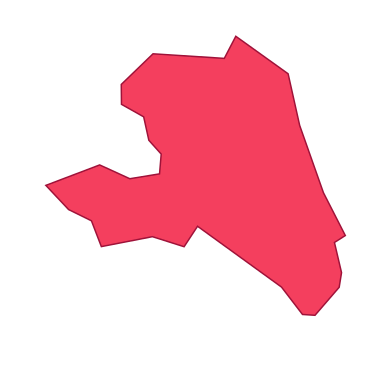 the border of St Helens, rotated 169°
{"feature_id": "GBR-5669", "entity_name": "St Helens", "entity_type": "Metropolitan Borough", "adm_level": 1, "iso_a3": "GBR", "parent_name": "United Kingdom", "parent_adm1": "", "projection": "mercator", "projection_center": [-2.702, 53.453], "detail": "fine", "context": "isolated", "style": "filled", "palette": "rose", "viewbox_px": 384, "rotation_deg": 169, "n_neighbors": 0, "source": "natural_earth", "source_scale": "10m", "svg_char_len": 506}
<svg xmlns="http://www.w3.org/2000/svg" viewBox="0 0 384 384"><g transform="rotate(169 192 192)"><path d="M203.9,335.1L134.8,317.0L119.3,336.5L75.1,289.7L73.6,236.8L63.1,166.2L49.8,120.0L61.8,115.3L60.6,84.3L65.7,70.4L94.8,47.5L106.9,50.7L122.3,81.6L193.1,157.3L210.2,139.8L239.4,155.7L291.4,155.7L296.2,182.9L316.5,198.3L334.2,226.4L277.5,236.2L250.5,216.9L220.4,216.0L215.0,235.1L224.5,251.0L225.1,275.0L244.5,291.5L240.9,311.1L203.9,335.1Z" fill="#f43f5e" stroke="#9f1239" stroke-width="1.5"/></g></svg>